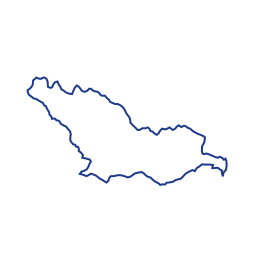 Cachoeira Paulista, São Paulo, Brazil (Mercator projection), rotated 148°
{"feature_id": "56859067B53695933502393", "entity_name": "Cachoeira Paulista", "entity_type": "district", "adm_level": 2, "iso_a3": "BRA", "parent_name": "Brazil", "parent_adm1": "São Paulo", "projection": "mercator", "projection_center": [-44.996, -22.71], "detail": "fine", "context": "isolated", "style": "outline", "palette": "blue", "viewbox_px": 256, "rotation_deg": 148, "n_neighbors": 0, "source": "geoboundaries", "source_scale": "gbopen_adm2", "svg_char_len": 2889}
<svg xmlns="http://www.w3.org/2000/svg" viewBox="0 0 256 256"><g transform="rotate(148 128 128)"><path d="M175.1,93.1L172.4,93.8L170.3,95.6L168.2,96.3L166.6,95.3L164.2,94.2L161.2,93.2L158.6,91.3L156.8,89.3L155.6,87.9L154.6,86.4L152.4,85.5L149.3,85.6L146.1,85.8L143.1,84.8L139.9,83.5L138.6,81.3L138.0,78.3L136.9,76.0L135.1,74.0L134.4,71.1L133.8,69.1L132.9,67.4L131.4,65.0L130.9,62.7L128.4,61.9L126.8,60.5L124.0,61.1L121.4,59.7L119.4,59.0L117.7,58.5L115.7,58.7L113.8,58.2L111.7,57.6L109.9,57.0L106.8,57.8L105.0,58.3L103.2,58.7L100.4,58.7L97.2,58.4L95.4,58.0L94.2,56.0L92.1,57.0L90.3,57.7L88.2,57.5L84.7,58.0L80.8,55.3L78.1,53.7L75.5,51.6L77.7,49.4L76.3,48.3L74.4,47.6L72.7,46.3L72.2,44.6L70.9,42.1L72.1,40.5L73.2,36.7L71.3,38.9L69.6,39.9L66.9,40.7L65.8,42.1L64.4,43.6L63.3,45.6L62.1,47.7L61.6,50.3L63.5,50.3L64.0,53.0L65.7,55.1L67.5,55.1L69.0,56.6L70.4,58.6L72.1,61.2L73.8,63.4L75.2,64.9L77.1,65.4L78.3,66.7L77.8,68.9L76.3,71.1L75.1,73.1L73.4,74.0L71.0,75.4L69.0,77.6L67.7,79.3L68.2,81.0L72.6,87.2L73.8,89.4L74.7,91.1L75.3,93.4L76.0,95.2L77.3,96.5L78.0,98.8L79.3,100.2L82.4,100.6L83.5,103.4L85.9,103.3L88.4,102.4L91.1,102.6L91.7,104.4L92.5,106.5L96.2,106.7L97.7,107.6L99.5,109.4L102.9,108.4L104.5,107.4L107.1,106.9L108.2,108.6L109.1,111.9L110.6,113.8L110.2,116.1L110.9,118.0L113.4,118.5L115.8,120.1L117.5,120.2L119.3,120.3L120.9,121.3L121.5,124.0L122.1,126.6L122.7,128.6L123.1,131.5L121.8,133.6L121.2,136.6L121.6,140.4L121.5,142.6L121.2,145.0L121.2,147.2L121.6,149.0L122.3,151.1L123.9,153.7L126.0,155.0L127.9,157.4L129.4,159.9L129.1,161.9L129.8,163.6L130.5,167.7L133.0,169.2L133.8,171.0L133.8,172.8L134.7,175.0L136.5,176.4L138.0,178.7L138.5,180.7L140.1,181.9L142.5,181.2L145.0,181.4L146.5,182.5L147.5,184.4L147.6,186.9L147.8,188.9L148.9,191.2L152.2,190.2L153.7,189.1L157.5,186.4L159.8,188.4L161.7,190.8L162.8,193.9L164.0,196.2L163.5,199.1L163.7,201.6L163.2,204.8L165.6,205.5L168.1,204.6L170.8,202.7L172.7,203.3L174.1,205.4L172.8,207.6L171.5,210.2L171.1,213.2L172.3,215.2L173.9,215.8L175.8,215.8L177.8,217.4L178.9,219.3L183.3,218.6L185.1,216.1L186.6,214.7L188.8,213.8L190.8,213.3L193.0,213.3L194.0,211.8L194.4,208.4L193.2,205.7L192.4,203.2L190.6,201.5L189.6,199.4L188.1,196.5L186.9,194.3L187.1,191.8L186.0,189.9L186.5,187.6L186.5,185.6L186.5,183.4L187.5,180.8L186.9,178.3L187.7,176.1L186.1,175.5L184.8,174.4L184.7,172.6L182.7,170.7L182.7,167.2L181.2,164.2L179.7,161.8L179.5,159.5L178.9,155.8L179.9,152.9L182.1,150.4L183.6,147.7L183.4,145.1L183.2,143.3L181.6,141.7L182.0,139.8L180.4,138.5L180.7,136.3L182.0,134.5L180.9,132.2L180.6,128.8L182.5,127.0L180.6,125.2L178.7,123.2L177.2,121.5L177.3,119.1L178.8,118.5L180.3,117.5L181.8,116.4L184.5,114.9L186.7,114.8L188.9,115.1L190.4,115.7L193.2,114.6L191.6,113.0L190.0,111.0L188.7,109.2L186.0,108.9L183.6,108.9L181.2,105.9L180.2,104.3L179.6,102.4L178.8,100.1L177.4,97.8L176.1,95.0L175.1,93.1Z" fill="none" stroke="#1e3a8a" stroke-width="2"/></g></svg>